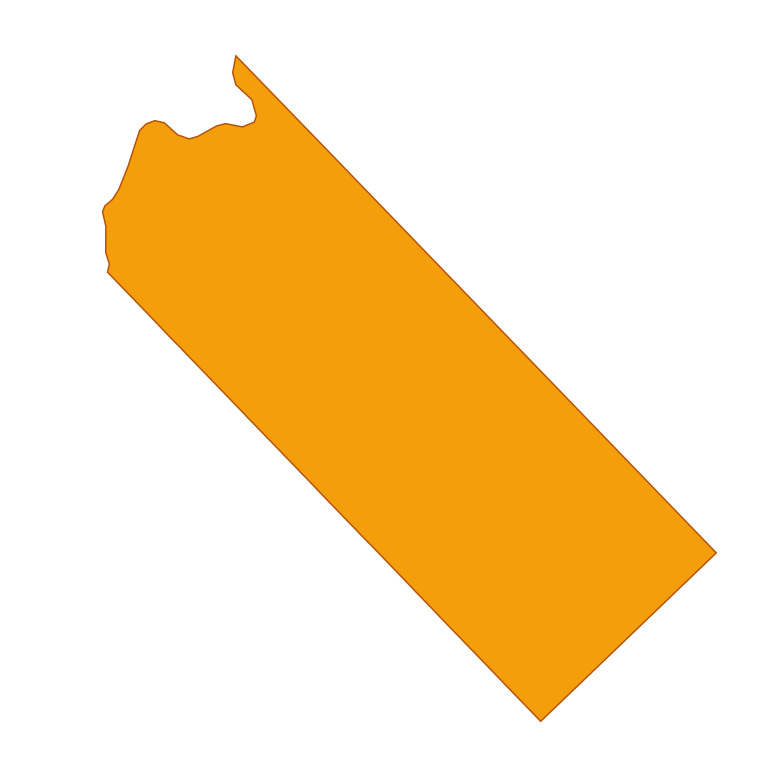 Corson, South Dakota, United States of America, rotated 226°
{"feature_id": "52423323B58713240584221", "entity_name": "Corson", "entity_type": "district", "adm_level": 2, "iso_a3": "USA", "parent_name": "United States of America", "parent_adm1": "South Dakota", "projection": "robinson", "projection_center": [-101.116, 45.709], "detail": "fine", "context": "isolated", "style": "filled", "palette": "amber", "viewbox_px": 768, "rotation_deg": 226, "n_neighbors": 0, "source": "geoboundaries", "source_scale": "gbopen_adm2", "svg_char_len": 1180}
<svg xmlns="http://www.w3.org/2000/svg" viewBox="0 0 768 768"><g transform="rotate(226 384 384)"><path d="M32.5,262.4L31.7,505.7L252.5,505.7L610.8,505.6L722.9,505.4L713.1,491.4L702.1,485.3L680.3,486.4L665.6,478.5L662.5,472.6L667.3,460.7L681.5,450.8L686.0,442.6L691.4,422.1L695.7,414.1L706.6,408.6L724.5,407.4L732.6,402.1L736.3,393.7L736.1,384.3L718.5,351.3L708.2,328.6L705.4,316.9L706.0,306.9L703.4,301.2L690.7,293.5L671.9,275.2L661.0,269.7L656.5,262.8L651.4,262.8L603.2,262.8L593.6,262.8L564.5,262.6L552.2,262.8L547.3,262.7L544.1,262.7L494.1,262.7L475.2,262.7L473.8,262.7L463.2,262.7L458.2,262.7L456.5,262.6L406.3,262.7L404.0,262.6L389.2,262.7L387.7,262.7L380.6,262.7L377.3,262.6L375.4,262.6L374.0,262.7L363.7,262.7L355.3,262.6L335.6,262.5L329.0,262.6L318.2,262.5L309.6,262.5L296.6,262.6L294.3,262.5L293.1,262.5L273.9,262.7L216.8,262.6L214.8,262.5L187.1,262.5L175.1,262.4L165.5,262.4L165.0,262.4L153.8,262.4L147.7,262.5L145.0,262.4L133.1,262.4L130.7,262.4L130.3,262.4L130.0,262.5L120.0,262.4L118.1,262.4L102.2,262.4L94.0,262.4L79.8,262.3L50.4,262.4L43.7,262.4L37.1,262.4L36.0,262.4L33.3,262.3L32.6,262.3L32.5,262.4Z" fill="#f59e0b" stroke="#b45309" stroke-width="1.5"/></g></svg>